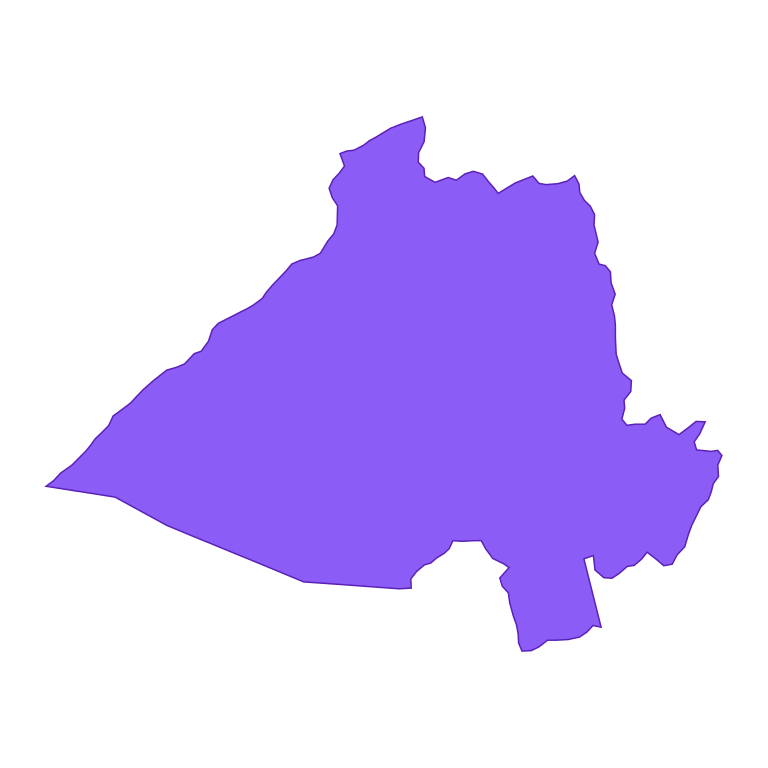 outline of Tarrafas, Ceará, Brazil
{"feature_id": "56859067B6243055692939", "entity_name": "Tarrafas", "entity_type": "district", "adm_level": 2, "iso_a3": "BRA", "parent_name": "Brazil", "parent_adm1": "Ceará", "projection": "robinson", "projection_center": [-39.719, -6.722], "detail": "fine", "context": "isolated", "style": "filled", "palette": "violet", "viewbox_px": 768, "rotation_deg": 0, "n_neighbors": 0, "source": "geoboundaries", "source_scale": "gbopen_adm2", "svg_char_len": 2356}
<svg xmlns="http://www.w3.org/2000/svg" viewBox="0 0 768 768"><path d="M46.1,486.3L115.0,497.1L167.0,525.5L193.3,536.4L259.9,563.7L303.7,581.9L338.0,584.3L399.2,588.8L411.2,588.1L410.8,578.9L416.6,571.5L424.4,564.9L430.8,563.0L436.2,558.3L444.1,553.4L449.2,548.7L452.9,540.7L462.2,541.3L472.8,540.7L481.2,540.6L485.6,548.7L492.8,558.5L503.9,563.9L509.0,567.6L499.8,578.0L502.2,586.1L508.4,593.0L509.7,602.7L513.2,615.6L516.6,625.2L518.2,634.4L518.6,643.0L522.0,651.1L531.4,650.6L539.2,646.7L547.5,640.2L556.2,640.2L568.3,639.5L579.4,637.1L586.9,632.1L593.0,625.5L601.1,627.2L583.9,558.8L593.4,555.6L595.0,570.0L603.9,577.7L612.0,578.2L619.1,573.5L627.3,566.4L634.2,565.4L641.6,559.1L647.1,552.2L655.3,558.5L663.8,565.7L672.2,564.2L677.0,555.0L684.8,546.7L688.5,534.1L691.8,525.2L700.9,506.7L708.3,499.7L711.3,491.7L713.3,483.6L718.5,476.5L717.8,465.1L721.9,455.5L717.7,450.4L711.3,451.4L696.6,449.9L694.2,441.8L699.8,433.7L705.2,421.8L696.1,421.4L688.5,427.5L679.0,434.6L666.4,427.2L660.1,414.6L651.2,418.1L645.1,424.2L635.2,424.2L626.9,425.3L621.9,419.1L624.7,408.3L624.0,400.2L630.8,391.4L631.4,380.6L622.3,373.1L619.1,363.6L616.2,354.3L615.8,346.6L615.4,337.0L615.4,325.4L614.5,316.1L611.7,304.8L615.2,294.2L611.1,282.9L610.4,271.8L605.2,265.6L599.1,264.1L594.6,253.3L598.1,242.0L594.0,225.0L594.6,214.6L590.3,206.2L584.4,200.4L579.8,192.5L579.0,184.1L574.6,175.6L567.2,181.1L557.7,183.7L546.0,184.6L539.0,183.4L532.8,176.0L524.0,179.5L515.4,182.9L506.9,188.0L498.2,193.4L493.7,187.6L489.0,182.3L482.6,174.1L473.4,171.3L465.2,173.8L456.3,180.2L448.2,177.5L435.0,182.3L424.7,176.5L424.0,168.3L418.3,162.2L418.6,152.6L424.1,141.7L425.5,127.9L422.3,116.9L400.6,124.3L390.7,128.2L382.9,132.9L376.0,137.1L369.7,140.5L363.6,145.2L353.9,150.2L346.5,151.1L340.0,153.6L344.5,166.1L339.1,173.3L332.9,179.9L329.1,188.3L332.3,197.7L337.6,205.8L337.1,225.0L333.7,233.9L327.8,241.0L320.3,253.3L313.5,257.0L300.0,260.5L291.8,264.0L285.7,271.3L272.3,285.3L266.4,292.2L262.3,298.4L253.0,305.3L246.9,308.8L240.1,312.2L230.3,317.2L218.3,323.3L212.3,329.7L208.5,341.2L201.1,351.3L194.3,353.6L184.6,363.9L176.3,367.4L166.7,370.1L153.1,380.9L143.3,389.5L136.7,396.4L130.6,403.0L123.6,408.3L118.4,412.2L113.2,415.9L108.6,425.7L101.4,432.9L95.2,438.8L90.8,445.0L86.1,450.8L71.9,465.1L60.6,473.1L53.9,480.4L46.1,486.3Z" fill="#8b5cf6" stroke="#5b21b6" stroke-width="1.5"/></svg>